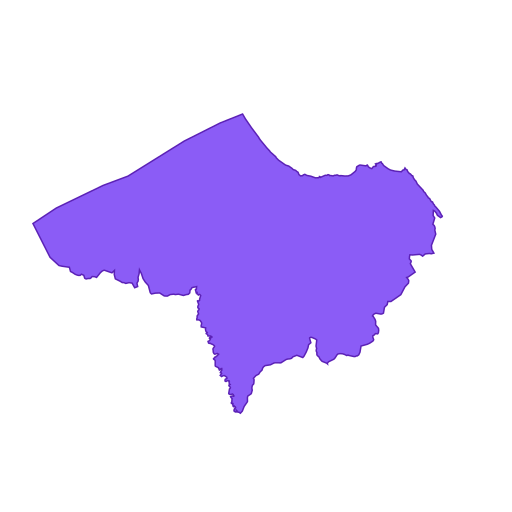 Shama, Western, Ghana, rotated 243°
{"feature_id": "2480657B99130964172058", "entity_name": "Shama", "entity_type": "district", "adm_level": 2, "iso_a3": "GHA", "parent_name": "Ghana", "parent_adm1": "Western", "projection": "orthographic", "projection_center": [-1.669, 5.06], "detail": "fine", "context": "isolated", "style": "filled", "palette": "violet", "viewbox_px": 512, "rotation_deg": 243, "n_neighbors": 0, "source": "geoboundaries", "source_scale": "gbopen_adm2", "svg_char_len": 6150}
<svg xmlns="http://www.w3.org/2000/svg" viewBox="0 0 512 512"><g transform="rotate(243 256 256)"><path d="M386.2,72.0L348.3,71.9L337.0,76.1L334.9,78.6L330.7,84.6L326.4,83.7L324.6,85.0L321.9,86.5L320.5,87.7L319.3,89.0L318.6,90.5L319.0,92.2L317.0,93.8L314.0,93.3L313.1,93.8L312.5,94.6L312.3,95.9L311.3,97.9L311.4,99.0L312.1,100.7L310.7,103.0L309.3,104.2L311.8,109.8L312.4,112.1L312.4,113.5L312.2,114.4L306.4,120.0L307.4,123.3L303.9,121.3L299.5,120.3L294.9,123.7L293.1,124.7L292.2,126.3L290.7,127.5L289.9,130.8L288.1,133.3L282.8,133.5L282.5,136.7L285.6,137.5L286.4,138.3L286.9,139.3L288.3,140.4L290.5,141.2L293.3,143.8L296.6,145.9L292.2,145.9L287.2,145.1L286.0,145.2L283.1,145.5L278.6,146.7L271.7,145.2L270.9,145.2L269.6,145.7L268.6,149.5L266.8,153.4L262.1,156.1L261.0,157.9L260.5,159.0L260.6,162.0L259.3,165.5L258.3,166.5L257.2,169.6L253.8,173.4L253.3,176.2L252.6,178.3L253.2,180.2L255.6,181.8L255.7,182.7L256.9,184.7L255.7,189.2L253.5,187.8L253.7,187.3L253.4,186.6L252.7,186.6L250.4,186.0L250.2,186.9L249.2,186.2L248.5,186.7L247.4,186.9L247.5,188.0L247.3,188.4L245.9,188.8L243.1,186.1L242.1,185.6L241.9,184.6L242.6,183.7L242.5,183.4L239.1,183.0L238.7,182.8L237.6,181.4L236.3,180.7L234.7,181.3L234.0,180.7L233.8,179.8L233.0,178.9L230.5,178.5L229.3,176.3L227.7,175.5L226.7,174.5L225.9,174.3L225.3,175.7L224.0,176.9L222.0,177.2L221.2,177.2L220.3,176.8L218.9,175.5L217.7,175.0L214.8,178.5L213.2,177.5L211.6,177.2L210.8,177.3L210.1,177.8L209.4,176.4L208.1,177.2L206.5,176.9L205.4,179.2L204.1,180.0L203.8,180.0L203.8,179.7L204.3,179.1L204.2,177.4L203.9,177.1L203.6,177.2L203.2,178.1L202.2,177.0L201.6,175.5L201.7,174.5L200.0,174.2L199.5,174.5L198.8,175.8L198.1,176.1L196.8,177.3L194.9,178.2L194.1,177.9L193.4,176.3L192.7,175.4L190.3,174.6L190.0,174.3L188.2,174.2L187.2,174.7L186.8,177.2L185.5,178.1L184.7,176.0L184.7,174.9L184.3,174.3L184.6,173.5L184.2,173.1L183.9,171.6L183.4,171.4L181.9,172.1L181.2,172.1L176.9,169.9L176.2,169.8L173.4,171.9L172.4,171.5L171.8,172.3L171.0,171.8L171.0,172.6L171.5,173.9L171.3,174.4L169.8,173.7L168.9,172.1L168.3,171.3L167.6,172.0L166.9,172.0L165.9,169.9L164.2,170.6L164.3,172.4L163.7,173.6L161.3,174.9L160.2,174.6L160.0,174.3L160.2,172.8L159.5,172.0L158.4,171.7L157.8,172.3L157.9,173.6L157.4,174.9L156.9,175.4L156.5,175.4L156.2,174.8L155.1,174.6L154.4,174.2L153.3,174.6L153.2,173.2L152.3,173.0L151.6,173.4L150.2,173.4L149.8,172.8L149.6,172.0L145.9,169.3L145.3,169.3L144.2,170.2L143.7,172.4L142.8,172.8L141.3,172.8L141.2,172.3L142.1,171.2L142.2,169.5L141.2,169.5L140.0,170.0L137.1,168.3L136.4,167.3L135.8,167.2L135.3,168.4L135.0,168.5L134.6,168.3L134.0,167.6L133.3,167.7L132.8,168.2L132.3,167.4L131.9,167.6L131.7,168.5L131.2,169.0L130.4,169.1L129.8,168.7L129.9,167.7L129.0,167.6L128.9,167.4L128.8,166.4L127.4,166.1L126.0,167.3L127.3,168.6L126.7,168.8L125.3,168.8L124.4,170.0L123.0,170.7L124.0,173.4L127.3,177.1L129.9,181.9L130.3,182.4L133.6,184.0L134.9,185.0L135.4,189.0L135.7,189.5L138.1,191.7L140.3,192.4L141.8,193.5L142.6,194.4L142.9,195.6L143.6,196.3L146.6,198.1L148.2,198.2L149.5,201.7L149.5,204.7L150.2,206.0L150.6,206.4L151.6,209.6L153.0,210.9L153.8,212.3L154.2,214.3L152.5,219.5L152.5,223.3L152.2,224.5L149.5,229.7L150.1,235.8L149.8,237.5L149.0,239.5L148.7,241.2L149.4,243.1L149.0,247.3L144.3,251.6L144.9,253.2L147.6,257.1L150.5,260.5L153.1,262.6L153.8,265.5L158.1,266.3L158.8,266.7L158.7,267.9L158.1,268.8L155.1,271.3L153.6,272.0L148.5,268.6L146.0,268.0L144.8,266.9L143.9,266.5L142.2,266.4L140.9,265.6L139.6,265.4L137.3,266.3L135.4,266.2L132.9,266.8L132.1,267.1L128.3,270.4L127.5,270.7L128.1,270.9L128.8,272.6L128.7,278.6L129.3,280.2L131.1,283.2L131.5,284.6L130.9,286.5L129.6,288.7L128.1,290.2L126.1,291.7L126.0,293.0L125.4,293.4L121.8,297.8L121.4,298.8L121.3,300.6L121.0,300.9L121.3,302.7L123.1,305.0L128.1,308.7L126.8,315.1L126.7,317.7L127.1,321.4L127.5,322.3L128.1,322.9L130.6,323.2L131.9,323.9L132.0,325.8L132.6,327.0L132.5,327.6L131.5,328.7L131.5,329.4L132.2,330.3L134.1,331.6L136.0,332.3L140.1,331.3L140.9,331.6L143.5,333.0L145.5,333.3L149.0,333.0L149.7,332.6L150.2,333.3L150.7,334.9L150.6,336.8L147.5,341.0L147.2,342.0L147.2,343.6L152.0,347.2L153.1,350.8L155.6,352.8L154.2,355.6L155.8,367.5L160.9,374.7L162.6,379.5L164.6,380.9L165.9,381.0L168.5,380.5L168.2,381.9L169.4,390.5L179.1,390.0L180.5,391.7L181.4,392.0L183.8,391.3L185.9,392.6L187.2,393.7L185.9,395.8L183.2,402.5L182.0,403.5L180.2,404.4L181.0,407.8L179.5,411.7L178.4,413.2L177.8,415.8L182.1,415.6L185.9,417.2L193.9,426.1L198.0,427.1L199.0,428.0L200.5,428.5L202.2,428.6L204.0,428.0L208.7,432.5L211.6,432.2L216.1,434.7L214.9,435.6L212.3,436.2L209.9,436.1L206.4,437.9L206.5,439.6L206.9,440.1L208.5,439.8L212.4,439.8L218.0,438.5L219.2,438.0L220.5,438.1L221.8,437.7L224.1,437.8L224.5,437.1L225.8,436.8L228.4,436.8L229.7,435.9L230.6,436.0L232.7,435.5L235.4,435.4L237.5,434.6L238.5,434.8L246.9,432.4L250.1,432.5L252.0,431.9L254.5,431.7L256.0,432.1L256.6,431.8L257.0,431.2L258.1,431.1L259.1,430.8L259.9,430.0L260.6,430.0L262.3,429.5L264.2,429.7L264.9,429.0L266.8,428.7L265.5,427.0L265.9,426.0L265.1,423.7L268.6,418.3L271.5,414.9L273.6,413.4L278.4,410.9L279.9,410.6L280.9,410.6L281.7,410.1L283.1,410.2L283.2,409.9L283.3,408.1L283.1,407.6L283.3,406.4L283.8,405.1L283.8,404.3L282.7,404.7L282.4,403.9L282.0,404.1L281.6,403.8L281.6,403.1L282.4,401.2L281.3,399.0L281.4,398.7L282.9,397.4L284.5,396.6L286.0,396.6L286.6,396.4L286.4,394.9L289.7,390.2L290.0,389.3L289.8,386.4L288.7,385.3L287.8,384.9L287.0,384.1L286.3,382.6L285.2,377.4L285.5,374.5L286.9,371.5L289.2,368.0L289.2,367.3L290.3,366.0L291.2,365.4L291.6,364.6L291.8,363.5L292.3,362.5L292.3,361.3L292.9,360.2L293.7,359.3L294.2,358.1L295.1,357.9L295.8,357.1L295.7,355.7L296.5,354.3L296.8,349.1L297.5,349.1L298.0,348.6L297.4,348.1L297.4,347.1L298.7,344.4L302.2,341.1L304.7,337.9L306.6,336.6L306.8,334.9L306.4,334.1L307.1,332.1L309.1,331.2L311.5,331.5L312.8,330.7L314.3,330.2L316.1,328.4L317.9,327.8L321.3,326.0L323.6,323.6L331.2,319.6L334.4,318.6L335.3,318.7L342.2,316.0L343.3,315.9L347.5,314.7L357.9,312.4L358.1,312.5L359.1,312.2L360.2,312.3L372.4,310.2L383.1,308.8L388.6,308.5L390.8,284.6L391.0,244.2L385.3,178.2L388.3,151.8L389.4,99.8L386.2,72.0Z" fill="#8b5cf6" stroke="#5b21b6" stroke-width="1.5"/></g></svg>